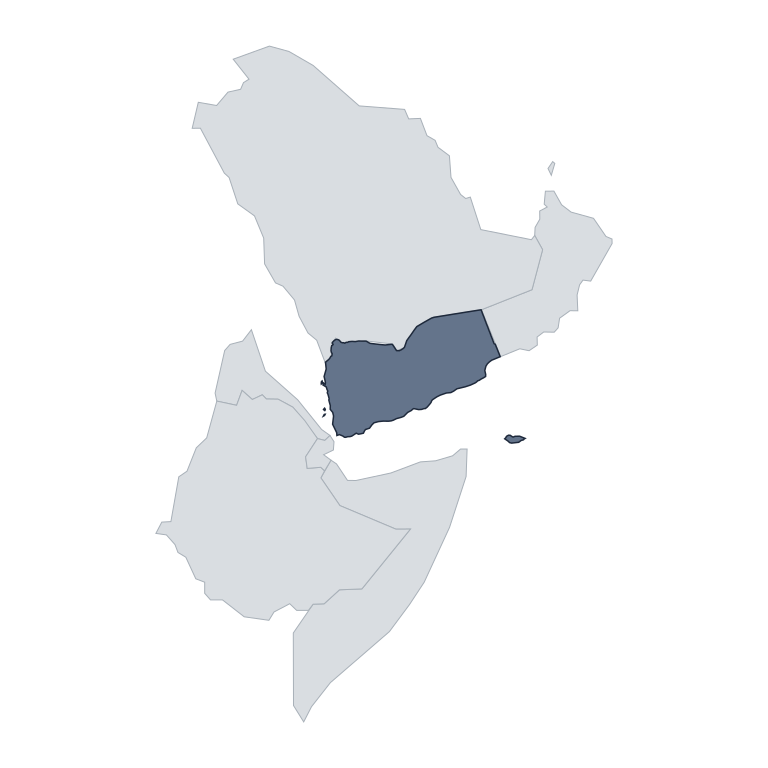 Yemen highlighted, Natural Earth projection
{"feature_id": "YEM", "entity_name": "Yemen", "entity_type": "country or territory", "adm_level": 0, "iso_a3": "YEM", "parent_name": "Asia", "parent_adm1": "", "projection": "natural_earth1", "projection_center": [47.23, 15.658], "detail": "fine", "context": "with_neighbors", "style": "filled", "palette": "slate", "viewbox_px": 768, "rotation_deg": 0, "n_neighbors": 6, "source": "natural_earth", "source_scale": "50m", "svg_char_len": 5577}
<svg xmlns="http://www.w3.org/2000/svg" viewBox="0 0 768 768"><path d="M293.5,705.5L293.3,633.0L313.1,604.2L324.1,603.8L339.5,589.8L361.9,588.9L410.4,529.1L396.0,529.2L339.9,505.6L320.9,477.9L331.0,460.2L336.5,463.9L347.5,480.4L356.0,480.5L390.8,473.0L420.4,461.9L435.6,460.8L452.6,455.8L460.6,449.0L467.1,449.0L466.1,476.5L449.5,527.5L424.2,582.2L409.6,604.4L389.4,631.6L330.4,682.6L311.5,706.7L303.7,721.9L293.5,705.5Z" fill="#d9dde1" stroke="#a8b0b8" stroke-width="1"/><path d="M534.7,235.5L535.1,227.4L539.8,219.2L539.7,211.0L547.2,207.0L544.2,204.2L545.4,191.2L553.9,191.1L561.6,204.8L571.1,212.1L593.5,218.3L606.0,236.5L612.0,239.0L612.1,243.5L590.7,281.1L583.0,280.1L579.6,284.8L577.1,295.0L577.8,310.8L570.0,310.7L559.6,318.2L558.1,327.9L554.2,332.2L543.7,332.0L537.1,337.0L537.3,345.1L529.1,350.7L519.8,348.8L500.6,356.6L481.5,309.7L532.0,289.7L542.6,249.7L534.7,235.5ZM551.3,175.3L548.0,168.5L552.7,161.6L554.8,163.4L551.3,175.3Z" fill="#d9dde1" stroke="#a8b0b8" stroke-width="1"/><path d="M216.8,401.1L215.1,393.1L224.7,350.5L230.1,344.4L242.6,341.1L251.4,329.7L265.4,371.2L297.7,399.8L321.6,429.5L330.0,435.5L324.8,440.4L317.5,438.6L292.9,407.2L278.1,399.2L266.4,399.0L262.3,394.8L252.3,399.5L242.1,390.4L236.6,405.3L216.8,401.1Z" fill="#d9dde1" stroke="#a8b0b8" stroke-width="1"/><path d="M198.3,102.3L216.6,105.5L228.0,92.1L240.6,89.3L243.5,82.6L249.0,79.2L233.2,59.2L269.4,46.1L289.0,51.5L313.2,65.5L359.2,105.9L404.6,109.4L408.7,118.9L420.4,118.4L427.0,135.7L435.1,140.3L438.0,147.3L449.4,155.8L451.0,177.4L460.6,194.5L465.7,198.5L470.3,197.1L480.8,229.6L531.4,239.7L534.7,235.5L542.6,249.7L532.0,289.7L481.5,309.7L432.7,317.4L416.9,326.4L404.8,347.3L396.9,350.7L392.7,344.0L366.7,341.0L342.5,343.3L335.5,338.1L331.0,347.9L332.7,356.3L325.2,362.7L316.7,340.2L308.0,333.0L299.1,316.3L294.5,300.0L283.0,286.2L275.5,282.9L264.6,263.9L263.7,238.1L254.5,215.9L237.8,203.9L229.1,177.5L224.3,173.1L200.4,128.2L192.2,128.3L198.3,102.3Z" fill="#d9dde1" stroke="#a8b0b8" stroke-width="1"/><path d="M410.4,529.1L361.9,588.9L339.5,589.8L324.1,603.8L313.1,604.2L308.4,610.4L296.7,610.4L289.7,603.7L274.0,612.0L268.9,620.3L244.2,616.8L222.5,599.9L210.5,599.9L204.7,593.3L204.7,582.2L195.8,578.8L185.8,557.2L178.0,552.5L175.0,544.6L166.4,534.9L155.9,533.4L161.8,522.1L170.9,521.6L178.8,476.8L187.0,471.2L196.3,447.8L206.7,437.9L216.8,401.1L236.6,405.3L242.1,390.4L252.3,399.5L262.3,394.8L266.4,399.0L278.1,399.2L292.9,407.2L304.7,420.5L317.5,438.6L305.6,456.8L307.2,468.4L320.8,467.3L324.6,470.8L320.9,477.9L339.9,505.6L396.0,529.2L410.4,529.1Z" fill="#d9dde1" stroke="#a8b0b8" stroke-width="1"/><path d="M317.5,438.6L324.8,440.4L330.0,435.5L334.0,441.7L333.4,450.0L323.6,454.7L331.0,460.2L324.6,470.8L320.8,467.3L307.2,468.4L305.6,456.8L317.5,438.6Z" fill="#d9dde1" stroke="#a8b0b8" stroke-width="1"/><path d="M500.2,356.7L491.7,360.2L489.5,361.8L487.4,363.8L485.9,366.2L484.8,370.5L485.7,374.4L485.6,376.5L483.4,377.9L481.4,378.9L479.1,380.4L477.7,380.8L476.5,382.0L475.2,382.9L470.4,385.1L465.2,386.8L456.9,388.8L453.7,391.1L450.8,392.6L446.4,393.0L440.3,395.1L436.9,396.8L432.7,399.6L431.8,400.5L431.0,402.5L429.7,404.2L427.2,407.1L425.3,408.6L424.0,408.6L421.6,409.4L418.7,409.6L413.8,408.6L412.5,409.3L411.5,410.4L407.7,412.4L403.8,416.3L401.0,417.4L396.5,418.6L393.3,420.2L391.1,420.9L388.4,421.2L383.3,421.1L378.4,421.6L374.0,422.8L371.9,424.9L369.5,428.2L365.5,429.5L364.6,430.7L363.4,433.2L360.8,433.8L358.5,434.2L356.2,433.2L351.8,436.1L350.1,436.6L347.6,436.7L345.7,437.3L344.4,437.2L342.8,436.0L339.4,434.6L336.9,435.5L336.7,432.7L332.6,424.2L333.5,416.7L333.5,415.7L332.7,412.4L330.2,409.3L330.3,405.5L329.5,402.7L328.8,399.9L329.1,399.2L329.1,398.5L327.9,394.1L327.4,393.2L327.3,392.3L327.7,391.6L327.7,390.8L327.0,389.5L326.3,387.0L323.0,385.0L323.7,383.1L324.3,383.7L325.2,384.3L325.4,383.1L325.4,382.2L324.1,376.5L326.2,369.0L325.5,362.2L328.7,359.5L329.5,358.6L330.0,357.9L330.8,356.4L331.8,355.9L332.1,354.2L332.1,353.4L331.5,352.7L331.0,350.8L331.2,348.4L331.3,347.4L331.7,345.6L332.8,344.9L333.1,344.3L332.2,343.2L332.3,342.5L334.2,340.5L334.9,340.0L336.2,339.4L337.1,339.4L338.2,339.7L339.2,340.2L340.1,341.2L341.1,342.4L342.7,342.8L343.7,342.7L344.6,343.2L345.3,342.9L346.2,342.3L347.5,342.4L348.7,341.7L352.0,341.4L355.3,341.6L358.7,341.0L362.1,341.1L365.5,341.1L366.3,341.2L367.0,341.6L369.9,343.3L372.1,343.6L376.4,344.1L381.1,344.6L385.2,345.0L388.6,344.6L391.5,344.3L392.3,344.4L393.1,345.4L394.9,348.1L396.5,350.6L399.3,350.7L401.2,349.8L403.2,348.5L404.4,347.4L405.8,343.4L406.7,340.7L408.8,337.7L410.6,335.3L412.9,332.0L414.2,330.1L416.8,326.6L419.2,325.2L423.9,322.4L428.5,319.8L431.5,318.1L434.0,317.3L438.3,316.6L443.3,315.8L448.3,315.0L453.7,314.1L459.6,313.2L463.7,312.5L468.9,311.7L473.3,311.0L477.1,310.4L481.1,309.8L481.9,311.8L482.6,313.8L483.4,315.8L484.2,317.8L484.9,319.8L485.7,321.8L486.4,323.8L487.2,325.7L488.0,327.7L488.7,329.7L489.5,331.7L490.3,333.7L491.0,335.7L491.8,337.7L492.6,339.7L493.3,341.7L494.1,343.7L495.3,344.3L496.0,346.2L497.1,348.8L498.1,351.4L499.2,354.1L500.2,356.7ZM512.4,436.8L513.4,437.0L515.0,436.3L519.6,436.2L525.1,438.4L524.1,439.0L523.5,439.8L521.1,440.5L518.7,442.3L511.6,443.1L509.6,442.6L507.9,441.0L504.7,438.8L506.0,437.5L506.2,436.8L506.7,436.2L508.5,435.2L510.2,435.3L512.4,436.8ZM325.1,410.1L324.8,410.6L324.5,410.5L323.5,409.4L324.6,408.2L325.3,409.3L325.1,410.1ZM321.9,383.5L321.3,384.0L321.2,383.2L321.5,381.5L322.1,381.0L322.4,382.3L322.2,383.0L321.9,383.5ZM324.5,415.5L323.4,416.1L324.2,414.5L324.9,414.2L325.2,414.2L324.5,415.5Z" fill="#64748b" stroke="#1e293b" stroke-width="1.5"/></svg>